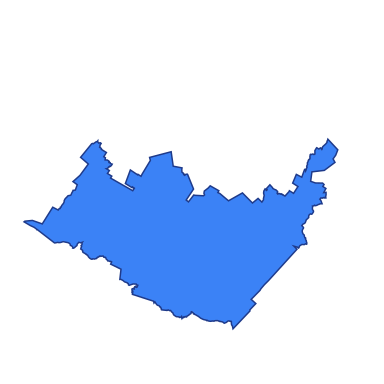 the district of Namiquipa, Chihuahua, Mexico, rotated 213°
{"feature_id": "50627088B12522207625024", "entity_name": "Namiquipa", "entity_type": "district", "adm_level": 2, "iso_a3": "MEX", "parent_name": "Mexico", "parent_adm1": "Chihuahua", "projection": "equal_earth", "projection_center": [-107.153, 29.163], "detail": "fine", "context": "isolated", "style": "filled", "palette": "blue", "viewbox_px": 384, "rotation_deg": 213, "n_neighbors": 0, "source": "geoboundaries", "source_scale": "gbopen_adm2", "svg_char_len": 5858}
<svg xmlns="http://www.w3.org/2000/svg" viewBox="0 0 384 384"><g transform="rotate(213 192 192)"><path d="M135.3,215.7L149.2,218.7L156.6,204.5L167.8,205.9L170.0,205.6L170.2,207.7L180.1,207.1L180.6,204.1L182.2,199.5L181.3,197.4L179.9,196.4L180.3,195.1L187.6,190.9L188.9,190.4L189.6,181.8L192.5,182.1L192.3,195.3L205.2,204.3L205.8,204.4L206.9,203.3L207.2,202.0L208.3,202.1L208.3,202.6L208.8,202.5L209.1,202.9L209.5,202.8L210.0,203.2L211.3,203.2L212.8,205.3L213.5,206.8L221.8,203.4L231.4,214.4L246.4,197.9L244.1,195.8L243.6,180.1L243.3,177.4L246.9,177.4L246.9,176.8L255.7,176.9L252.5,162.8L244.8,163.0L244.8,163.8L242.4,163.8L242.4,163.5L242.9,163.4L242.9,163.0L242.4,162.7L242.4,160.8L267.9,159.3L267.9,161.6L273.0,161.5L273.0,165.0L276.5,164.9L275.7,165.7L275.5,166.5L275.6,167.3L275.1,168.6L274.9,168.5L274.9,168.9L274.4,169.1L274.5,169.3L274.0,170.3L274.1,171.9L275.6,171.5L276.3,171.6L276.6,172.0L277.7,171.5L278.1,171.8L278.1,172.6L279.7,172.7L280.4,172.7L282.4,171.6L283.3,173.6L285.2,173.5L285.3,178.5L290.9,178.4L290.8,178.6L291.9,179.1L292.8,179.3L293.6,179.1L293.9,179.2L294.1,180.4L294.7,181.2L294.6,183.2L295.3,183.4L295.8,183.3L296.9,182.2L298.2,182.6L298.9,183.6L299.0,182.6L299.7,182.0L301.0,178.8L301.8,178.6L302.4,177.8L304.3,160.4L294.2,159.0L295.0,145.0L297.5,135.9L292.2,135.6L290.9,130.1L292.7,128.5L292.4,128.0L292.3,125.6L291.9,123.6L292.2,123.0L293.9,121.4L294.2,120.0L294.2,119.1L294.4,118.8L294.7,117.3L294.5,115.2L294.0,114.4L293.7,113.3L293.6,111.9L293.8,111.4L293.9,109.6L293.6,108.0L294.1,107.6L293.6,106.4L294.1,106.0L294.4,105.4L294.4,104.0L300.5,103.4L300.2,83.7L310.4,81.2L316.3,76.5L316.6,75.5L309.4,75.8L305.1,76.4L302.1,76.2L301.6,75.9L301.4,76.2L279.6,74.4L278.9,74.9L277.1,76.7L276.1,77.0L274.8,78.0L273.0,80.2L268.1,82.1L266.5,82.1L265.7,81.8L264.9,80.9L263.7,81.3L261.6,80.6L261.5,80.0L260.9,80.2L260.2,81.3L259.8,83.2L259.4,84.0L259.4,84.7L259.9,85.8L259.5,88.2L257.6,88.8L256.6,90.1L256.6,89.7L255.6,87.9L255.8,86.7L255.0,86.3L254.9,85.3L254.7,85.2L254.3,83.6L252.3,83.5L251.4,83.0L251.3,82.5L250.5,82.0L248.1,82.2L247.5,82.0L247.0,82.3L246.2,81.9L245.2,82.2L243.7,81.3L241.9,80.8L239.9,80.8L239.0,81.4L238.8,82.0L237.3,82.6L236.2,84.0L235.8,84.2L235.7,84.8L235.9,85.4L235.7,85.9L235.1,86.3L234.7,87.8L234.1,87.8L233.7,88.6L232.6,89.0L231.8,89.9L230.9,89.7L230.6,89.3L230.1,89.5L229.4,89.6L228.9,90.1L227.2,88.9L225.9,88.8L225.1,88.3L224.3,88.8L222.8,89.1L222.4,89.6L221.3,89.6L220.9,87.2L209.5,88.6L204.9,79.4L204.1,80.0L201.5,80.2L199.7,79.9L196.9,80.6L196.6,80.4L195.6,80.5L194.7,79.5L193.9,79.5L191.3,82.8L188.6,84.4L187.6,84.0L186.7,84.3L186.6,84.0L186.4,84.4L186.5,83.6L186.3,82.2L186.7,81.7L187.2,81.6L187.9,82.3L188.4,81.4L188.3,80.0L187.6,79.2L188.0,79.0L188.5,79.4L189.5,78.1L189.0,77.0L187.6,76.6L188.0,75.6L187.5,74.9L186.7,75.1L186.2,73.7L164.7,79.5L163.4,78.2L163.2,79.6L160.2,78.3L158.9,78.3L157.7,78.7L157.0,78.5L156.6,78.1L155.8,78.4L155.1,77.8L154.4,77.7L153.6,76.6L153.3,76.6L149.0,78.8L148.7,79.2L148.4,79.1L147.6,80.2L146.1,80.3L145.4,81.0L143.8,80.3L142.5,80.3L140.5,79.0L139.1,78.9L137.3,78.9L134.9,80.2L134.3,79.9L133.7,80.3L133.1,81.3L133.0,82.0L132.5,81.5L132.2,81.6L132.0,81.3L132.0,80.8L131.5,80.4L131.5,80.9L131.0,81.9L130.9,82.5L130.6,82.4L130.6,82.7L130.4,82.6L129.8,83.9L129.2,83.8L128.5,84.2L128.4,84.8L128.6,85.3L127.6,86.8L127.6,87.7L126.7,89.3L126.7,89.7L127.4,91.1L127.3,91.3L127.0,91.4L126.8,91.0L126.3,91.3L125.4,91.3L124.3,90.6L123.7,91.1L123.3,90.8L121.1,91.1L119.9,91.0L119.5,91.2L115.8,90.9L112.9,91.3L110.2,92.3L109.7,92.1L109.0,92.8L108.4,92.6L106.1,93.6L104.4,95.1L103.9,95.2L103.4,95.7L103.1,95.8L103.1,96.1L102.1,97.0L100.4,98.1L99.4,98.4L99.1,98.3L98.4,98.7L97.9,98.6L97.7,98.9L95.5,99.7L93.5,99.5L92.3,101.1L91.5,103.4L90.8,104.1L89.9,104.2L88.8,104.9L88.1,104.5L88.1,104.1L86.5,102.2L85.1,101.6L83.1,99.6L78.6,123.8L79.3,124.7L77.7,133.2L83.9,134.2L81.4,146.5L81.5,148.4L80.8,153.7L79.6,159.3L72.8,201.1L77.0,202.1L73.4,203.2L73.0,203.0L72.1,203.0L72.0,203.5L72.4,205.4L71.3,207.8L69.1,209.1L68.6,210.4L67.6,210.5L67.4,210.9L68.2,212.1L69.3,212.9L69.6,213.4L70.9,214.1L71.6,215.3L72.0,215.4L72.4,215.1L73.5,215.9L74.4,217.0L76.0,217.3L77.8,218.6L78.6,219.9L78.8,220.8L78.8,222.3L79.2,223.0L81.6,223.6L81.4,225.6L80.7,226.6L80.3,227.9L81.0,230.9L80.2,234.1L81.0,235.3L81.3,236.3L80.8,238.1L79.6,238.5L79.3,239.0L79.3,241.4L79.7,242.2L81.6,243.1L82.6,244.7L82.8,245.5L83.3,245.8L82.4,246.8L82.2,247.3L81.9,247.3L81.8,247.7L81.4,247.6L80.8,247.9L79.7,249.4L79.4,250.2L78.8,250.7L78.3,251.7L76.5,253.0L79.2,255.0L80.9,255.6L80.6,256.4L80.8,256.8L80.6,257.3L79.4,257.8L79.4,258.1L79.0,258.3L78.5,259.0L78.1,259.0L78.1,259.4L77.6,259.3L76.5,259.9L77.5,261.2L78.0,262.6L79.4,264.7L81.2,263.2L81.6,267.9L85.3,267.9L85.3,270.2L87.3,270.6L93.4,266.8L98.3,265.6L102.4,274.2L92.8,282.2L88.2,294.7L91.7,296.6L91.5,301.1L92.7,306.8L106.8,310.3L106.5,309.4L106.4,308.1L105.8,307.1L106.0,305.2L107.0,301.4L106.9,300.2L106.3,299.1L106.3,298.4L108.1,299.1L108.5,298.6L108.7,297.8L109.1,297.1L111.5,297.1L111.6,296.7L111.5,293.7L109.6,290.8L110.0,290.0L110.5,289.7L111.0,289.8L111.7,289.4L112.3,288.4L113.1,288.2L113.2,287.7L112.2,285.5L111.5,284.9L111.5,284.5L111.2,283.9L111.3,283.4L111.7,282.9L111.5,282.3L111.7,282.0L111.2,280.6L111.1,279.1L110.2,278.2L110.0,276.6L109.6,276.1L109.6,275.7L108.9,275.2L108.9,274.1L108.4,272.9L108.2,271.6L109.4,272.7L109.5,273.2L109.8,271.9L108.0,264.2L114.1,263.6L112.4,254.3L106.1,254.3L106.1,246.2L111.0,246.1L110.8,245.4L111.8,239.3L112.6,239.1L113.8,239.3L114.2,239.0L114.4,239.2L115.7,239.2L115.8,238.8L116.5,238.9L116.7,238.4L118.4,238.2L118.9,237.0L119.8,237.2L120.5,239.1L123.0,239.5L123.7,239.2L126.1,239.0L126.8,239.5L130.6,240.5L131.5,235.1L130.2,234.8L130.4,233.9L132.4,234.3L132.3,232.0L131.4,230.1L129.6,228.4L128.5,225.4L127.8,224.4L127.9,221.6L133.1,222.6L135.3,215.7Z" fill="#3b82f6" stroke="#1e3a8a" stroke-width="1.5"/></g></svg>